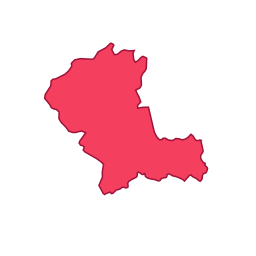 the border of Silesian, rotated 305°
{"feature_id": "POL-3146", "entity_name": "Silesian", "entity_type": "Voivodeship", "adm_level": 1, "iso_a3": "POL", "parent_name": "Poland", "parent_adm1": "", "projection": "mercator", "projection_center": [18.978, 50.212], "detail": "fine", "context": "isolated", "style": "filled", "palette": "rose", "viewbox_px": 256, "rotation_deg": 305, "n_neighbors": 0, "source": "natural_earth", "source_scale": "10m", "svg_char_len": 2426}
<svg xmlns="http://www.w3.org/2000/svg" viewBox="0 0 256 256"><g transform="rotate(305 128 128)"><path d="M159.8,195.0L159.5,194.9L159.1,195.1L158.8,195.6L152.7,202.3L152.2,202.7L151.2,203.1L150.5,203.2L148.4,203.2L147.0,203.5L145.9,204.1L144.9,205.0L143.9,206.6L142.8,210.1L143.1,210.5L143.3,211.0L143.1,211.7L142.8,212.0L141.9,212.0L141.7,212.0L141.3,214.1L141.1,215.4L140.6,216.3L138.4,217.2L136.7,217.5L135.9,217.5L135.3,217.1L133.9,216.1L133.2,215.9L131.7,216.3L129.0,217.8L127.3,218.0L125.9,217.7L125.5,216.5L125.8,213.0L125.6,211.4L125.3,209.9L125.2,208.4L125.8,206.6L123.8,205.4L116.9,204.7L117.2,202.9L117.0,200.7L116.0,196.1L115.7,195.1L114.9,193.3L114.5,192.2L114.1,188.5L113.8,187.7L112.7,186.9L111.6,187.1L110.6,187.6L109.5,187.6L108.7,187.1L107.3,185.5L106.4,184.7L105.4,184.4L103.2,184.3L102.3,183.6L101.9,182.8L101.2,179.7L99.5,176.3L98.3,173.0L98.3,170.1L100.2,167.8L98.3,166.8L98.0,165.5L98.2,163.9L97.8,161.9L96.8,161.3L94.0,163.0L92.4,163.0L87.2,160.2L84.5,159.2L81.7,159.6L81.8,159.6L82.0,159.6L82.1,159.9L80.2,161.6L79.2,161.8L77.8,160.7L77.4,160.0L76.9,158.3L76.6,157.7L75.8,157.1L74.2,156.7L73.3,156.4L71.1,154.5L70.1,153.9L65.6,153.0L64.7,152.0L65.2,150.0L61.1,147.3L60.1,147.0L60.2,145.2L64.3,137.1L73.1,135.2L77.3,132.1L84.1,128.9L84.8,125.7L84.9,120.1L83.7,106.1L84.3,103.9L85.8,103.6L87.4,102.8L87.5,100.9L86.7,99.0L87.7,96.5L89.7,96.0L99.8,96.1L99.1,92.1L96.8,89.7L94.6,88.0L92.7,85.5L91.4,81.3L93.0,76.8L94.3,69.9L96.1,66.0L101.6,62.4L102.1,58.5L101.1,56.5L100.7,54.0L101.2,52.2L102.1,51.2L104.5,42.7L108.0,41.0L117.9,40.6L120.1,39.6L122.4,38.0L124.8,38.5L126.9,40.7L136.1,45.6L140.6,46.6L146.2,46.6L148.6,44.5L153.3,45.3L157.5,49.2L164.0,59.6L166.3,60.3L173.3,59.9L180.9,63.8L186.9,65.0L187.7,65.4L188.0,66.7L188.0,68.0L187.7,68.9L182.9,69.7L180.3,74.7L182.2,77.0L187.4,78.5L189.9,80.3L191.8,84.7L195.1,88.7L192.3,89.1L187.5,93.2L186.1,96.2L188.6,97.5L193.3,98.2L195.2,99.0L195.7,101.4L195.9,103.3L187.1,108.9L184.9,109.2L181.0,108.9L177.1,109.5L171.0,114.3L169.2,114.7L167.4,114.7L163.5,112.5L161.7,115.3L159.7,119.2L156.7,123.5L152.0,122.9L149.8,124.6L153.5,128.3L156.8,132.8L140.2,151.4L138.7,153.7L137.2,156.9L136.4,160.5L137.8,162.3L139.6,162.5L141.1,164.4L141.3,168.0L143.4,171.8L146.9,173.2L148.3,175.8L149.4,179.1L151.6,181.2L154.3,182.4L159.0,183.2L158.7,186.1L157.5,188.5L157.0,190.7L157.8,192.7L159.5,193.8L159.8,195.0Z" fill="#f43f5e" stroke="#9f1239" stroke-width="1.5"/></g></svg>